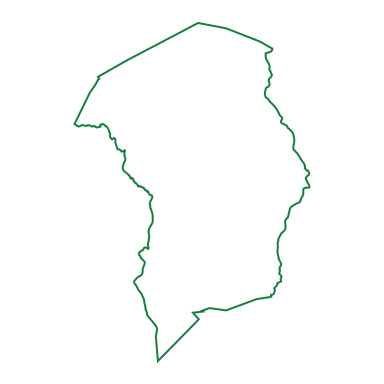 San José Lachiguiri, Oaxaca, Mexico
{"feature_id": "50627088B89681862537656", "entity_name": "San José Lachiguiri", "entity_type": "district", "adm_level": 2, "iso_a3": "MEX", "parent_name": "Mexico", "parent_adm1": "Oaxaca", "projection": "mercator", "projection_center": [-96.341, 16.394], "detail": "fine", "context": "isolated", "style": "outline", "palette": "green", "viewbox_px": 384, "rotation_deg": 0, "n_neighbors": 0, "source": "geoboundaries", "source_scale": "gbopen_adm2", "svg_char_len": 5952}
<svg xmlns="http://www.w3.org/2000/svg" viewBox="0 0 384 384"><path d="M302.5,196.2L303.3,194.1L303.2,191.2L303.5,188.8L304.3,188.2L306.0,187.6L307.4,187.8L308.7,187.7L309.5,187.1L309.2,185.4L308.3,183.9L307.6,182.6L306.7,180.4L306.0,179.6L305.8,177.8L306.7,176.9L307.4,175.8L309.1,174.5L309.3,173.5L308.8,172.1L307.8,170.5L306.9,170.6L305.9,169.3L304.7,168.1L305.1,166.3L304.0,163.5L303.3,162.5L302.0,160.8L300.6,158.7L300.3,158.3L299.9,157.5L299.4,156.6L297.4,153.7L296.7,152.7L295.5,151.6L293.6,149.4L293.3,148.5L293.4,147.0L293.5,144.9L294.0,143.6L294.1,142.3L294.4,140.2L294.2,138.5L293.8,137.1L293.3,134.3L292.3,132.1L290.9,130.6L289.1,128.8L288.1,128.3L286.7,125.6L285.7,125.3L283.9,124.1L282.1,123.6L281.0,122.2L280.9,121.3L282.1,119.1L282.1,117.8L281.5,117.0L280.2,115.7L279.6,114.8L278.8,113.1L278.1,111.8L277.5,110.7L275.4,107.4L272.9,104.5L271.5,103.2L269.5,101.2L268.5,99.3L267.6,98.6L265.5,96.9L264.8,93.6L265.5,89.8L266.3,87.8L267.4,87.0L268.3,86.7L269.4,85.3L269.5,84.3L269.5,83.0L268.7,80.6L268.7,79.6L269.5,78.4L271.4,76.5L271.9,74.6L271.2,73.5L270.7,72.0L270.1,70.6L269.2,69.1L269.7,66.6L269.3,64.9L268.9,64.1L268.3,62.7L267.4,61.4L266.8,60.0L266.0,58.5L265.6,56.3L265.7,54.7L265.7,54.1L265.7,53.2L268.5,52.5L270.7,51.7L271.8,50.7L272.4,49.1L272.3,48.5L270.8,47.8L260.2,41.7L226.5,28.5L223.8,27.9L223.1,27.7L198.0,23.0L127.6,60.0L117.1,65.9L98.1,76.8L98.6,77.2L99.2,78.8L98.2,79.5L96.7,82.3L95.0,85.3L93.1,87.9L89.9,92.6L74.5,124.1L76.6,125.4L77.4,126.0L78.5,126.4L79.5,126.4L80.2,126.1L81.3,125.4L82.6,125.0L83.7,125.3L84.7,125.7L85.7,126.0L86.4,125.9L87.2,125.4L88.4,125.3L89.1,125.3L89.9,125.4L90.7,125.8L91.5,126.2L92.0,126.6L92.4,126.6L93.0,126.4L93.6,125.9L94.1,125.9L94.9,126.3L95.4,126.8L96.0,127.2L96.4,127.4L96.7,127.5L97.2,127.4L98.1,127.2L99.2,127.0L100.0,126.8L100.5,126.6L100.6,126.3L100.6,125.9L100.3,125.5L100.2,125.1L100.3,124.8L101.0,124.6L101.9,124.3L102.4,124.0L103.0,124.0L103.5,124.3L104.0,124.7L104.9,125.3L105.3,126.0L105.6,126.3L106.2,126.2L107.0,126.9L108.4,129.1L109.2,131.6L110.3,134.6L109.7,136.0L110.6,137.7L111.9,139.3L112.7,138.9L113.9,138.0L115.2,139.0L115.4,140.2L115.4,142.6L115.9,143.9L116.4,145.7L117.0,147.7L117.6,149.1L120.0,149.7L120.9,150.7L121.7,151.7L122.8,151.3L124.4,150.3L124.9,150.4L124.9,151.3L124.6,152.2L124.3,153.4L124.5,155.1L124.8,156.8L125.5,159.5L124.8,161.2L123.7,163.3L123.1,165.8L122.6,167.4L123.3,170.2L124.4,171.3L126.3,172.9L127.7,174.1L128.4,174.8L129.1,175.2L129.3,175.3L129.5,175.7L129.6,176.4L129.8,176.8L130.2,177.0L130.4,177.3L130.4,177.7L130.4,178.0L130.6,178.2L130.8,178.0L131.1,177.6L131.3,177.6L131.5,177.8L131.5,178.2L131.6,178.5L132.0,178.4L132.3,178.4L132.6,178.5L133.0,178.6L133.1,179.0L133.1,179.5L133.3,179.8L133.6,180.2L133.8,180.6L133.6,181.0L133.7,181.3L134.1,181.6L134.4,182.0L134.6,182.2L134.8,182.5L135.2,182.6L135.4,182.7L135.5,183.1L135.7,183.3L136.0,183.4L136.5,183.7L137.0,184.2L137.3,184.6L137.4,184.9L137.7,185.2L137.9,185.4L138.1,185.7L138.1,186.0L138.1,186.3L138.4,186.5L138.6,186.3L138.7,186.2L138.9,186.2L139.1,186.3L139.3,186.3L139.5,186.2L139.8,186.0L140.1,186.0L140.3,186.3L140.4,186.5L140.7,186.5L141.0,186.6L141.4,186.9L141.7,187.2L142.0,187.3L142.4,187.4L142.8,187.3L143.1,187.6L143.4,187.7L143.6,187.7L143.8,188.0L143.8,188.3L144.2,188.4L144.4,188.7L144.7,189.4L144.8,189.9L145.2,190.0L145.8,190.3L146.2,190.4L146.4,190.6L146.5,190.8L146.8,190.7L147.1,190.7L147.2,190.9L147.1,191.4L147.2,191.8L147.4,191.9L147.5,191.8L147.6,191.5L147.9,191.4L148.2,191.6L148.3,191.9L148.5,192.4L148.6,192.6L148.6,193.1L148.9,193.6L149.3,194.3L149.6,194.5L150.9,195.2L151.8,195.5L152.2,196.2L152.3,196.8L152.2,197.6L151.5,199.4L151.0,200.2L150.6,200.8L150.4,201.6L150.0,202.7L149.8,203.6L149.9,204.7L150.4,206.5L150.3,207.6L150.5,208.5L150.9,208.9L151.5,210.6L151.8,212.1L152.3,213.3L152.6,215.4L152.7,217.5L152.8,219.4L152.7,221.7L152.1,223.4L151.5,224.4L150.8,225.8L150.2,226.5L149.5,228.0L149.1,229.1L148.8,230.1L148.5,231.8L148.6,232.8L148.8,233.5L149.1,234.2L149.2,236.2L148.7,240.4L148.5,241.9L148.3,242.5L147.8,243.8L147.9,245.0L148.1,245.9L148.4,246.7L148.4,248.2L148.0,248.9L147.3,248.3L146.6,247.9L145.8,247.5L145.3,247.4L144.7,247.6L144.1,247.9L143.7,248.3L143.5,249.0L143.3,249.6L142.8,250.2L142.3,250.5L141.7,250.6L141.2,250.8L140.4,251.5L139.5,252.4L139.1,253.1L138.9,253.8L139.1,254.6L139.1,255.0L140.4,256.2L140.7,257.7L142.4,259.5L143.6,260.6L144.5,261.6L144.8,262.7L144.8,263.0L144.4,264.4L144.2,265.1L143.7,266.1L143.0,268.1L142.6,269.5L142.6,271.5L142.6,272.0L142.3,272.8L142.3,273.5L142.1,273.9L141.5,274.7L140.9,275.4L139.9,276.1L138.9,276.5L138.6,276.6L137.4,277.4L136.9,278.0L136.3,278.7L135.2,279.9L134.2,281.3L134.1,282.0L134.3,283.1L135.0,284.1L135.5,284.7L136.1,285.4L137.0,287.1L137.1,287.3L138.3,289.7L140.2,292.1L141.0,293.3L141.6,293.9L142.7,296.7L143.5,298.1L144.2,300.7L144.2,301.2L144.4,302.5L144.7,304.1L145.4,306.6L145.4,308.9L146.1,310.1L146.4,311.2L147.0,313.5L147.4,315.4L155.9,325.8L157.1,328.6L156.6,332.7L155.8,336.1L157.9,361.0L194.4,323.9L198.8,319.3L193.0,312.7L203.1,311.5L202.1,310.7L209.6,308.1L226.2,310.4L256.6,299.1L270.5,297.0L271.2,296.7L271.0,296.4L271.0,295.8L271.0,294.9L272.3,294.8L273.9,293.7L275.0,289.9L274.3,288.3L275.6,286.8L276.3,286.0L277.4,284.4L277.3,283.2L281.1,281.4L281.0,280.4L280.6,278.9L281.6,276.7L280.3,274.7L279.3,273.9L279.4,272.5L280.1,270.4L279.4,269.2L279.9,267.2L280.4,266.2L281.2,264.5L281.0,263.5L280.4,262.2L280.0,261.2L279.3,260.1L278.6,258.5L278.5,256.8L278.1,255.3L277.7,253.9L277.6,251.7L277.5,250.3L277.8,248.0L277.8,246.6L277.7,245.2L277.6,243.3L278.2,241.3L278.5,238.7L279.1,237.5L280.6,234.7L281.6,233.0L282.6,232.4L284.0,230.9L285.2,229.2L285.6,227.3L285.4,225.8L285.4,224.4L285.1,222.1L285.2,221.0L285.8,219.6L286.7,218.5L287.7,217.6L288.3,215.9L288.5,214.6L289.0,212.8L289.4,211.0L290.0,208.5L291.0,207.1L292.7,205.8L294.2,204.8L297.2,203.2L299.7,202.3L300.2,201.0L300.6,200.2L301.2,198.4L302.5,196.2Z" fill="none" stroke="#15803d" stroke-width="2"/></svg>